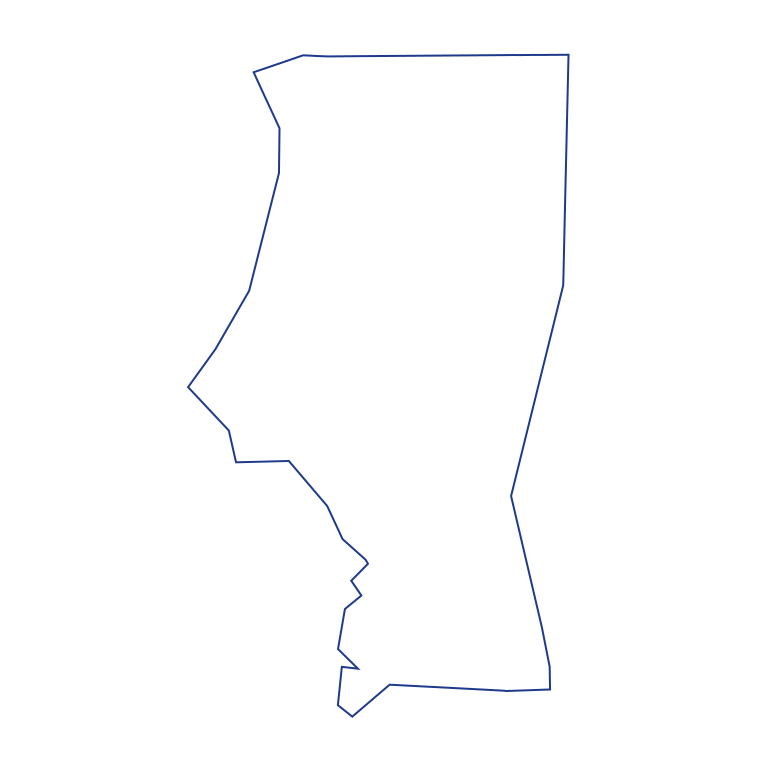 Iredell, North Carolina, United States of America, rotated 358°
{"feature_id": "52423323B78922386378350", "entity_name": "Iredell", "entity_type": "district", "adm_level": 2, "iso_a3": "USA", "parent_name": "United States of America", "parent_adm1": "North Carolina", "projection": "albers", "projection_center": [-80.877, 35.774], "detail": "fine", "context": "isolated", "style": "outline", "palette": "blue", "viewbox_px": 768, "rotation_deg": 358, "n_neighbors": 0, "source": "geoboundaries", "source_scale": "gbopen_adm2", "svg_char_len": 832}
<svg xmlns="http://www.w3.org/2000/svg" viewBox="0 0 768 768"><g transform="rotate(358 384 384)"><path d="M328.8,647.3L348.0,667.6L332.0,665.2L326.7,703.4L340.7,715.3L379.1,684.7L421.3,688.4L423.9,688.6L481.9,693.7L494.2,694.8L494.9,695.1L539.1,695.1L539.3,695.1L539.7,672.3L533.3,632.7L507.1,500.4L556.2,328.1L564.5,298.9L566.5,291.8L566.7,288.8L567.0,284.5L570.2,228.3L579.9,61.4L554.9,60.7L542.7,60.3L527.4,59.9L525.5,59.7L524.6,59.8L524.1,59.6L523.4,59.6L522.8,59.7L402.9,56.4L374.7,55.6L339.8,54.7L335.7,54.4L327.6,53.8L318.6,53.0L314.6,52.7L264.6,67.9L275.8,94.7L279.4,103.1L288.5,124.8L286.4,169.5L252.5,286.1L216.7,343.4L188.1,380.3L227.3,425.1L233.4,457.1L286.2,457.6L323.0,504.0L337.2,537.6L359.5,559.0L361.7,563.1L344.4,579.5L354.0,594.6L337.1,607.5L328.8,647.3Z" fill="none" stroke="#1e3a8a" stroke-width="2"/></g></svg>